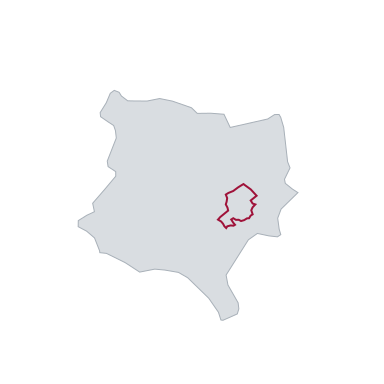 Uroševac highlighted on a map of Kosovo, rotated 328°
{"feature_id": "KOS-5913", "entity_name": "Uroševac", "entity_type": "District", "adm_level": 1, "iso_a3": "XKX", "parent_name": "Kosovo", "parent_adm1": "", "projection": "mercator", "projection_center": [21.096, 42.361], "detail": "fine", "context": "in_parent", "style": "outline", "palette": "rose", "viewbox_px": 384, "rotation_deg": 328, "n_neighbors": 0, "source": "natural_earth", "source_scale": "10m", "svg_char_len": 1548}
<svg xmlns="http://www.w3.org/2000/svg" viewBox="0 0 384 384"><g transform="rotate(328 192 192)"><path d="M119.1,143.6L135.7,138.2L138.1,134.3L134.3,126.0L136.5,120.9L156.4,106.1L159.6,99.4L160.8,94.1L158.2,88.5L154.4,79.7L156.2,76.0L166.6,70.9L175.0,65.0L179.9,64.6L183.0,68.8L183.0,73.2L185.8,80.6L191.9,84.6L202.2,91.1L214.1,95.6L223.5,104.5L236.2,120.3L238.1,128.1L249.6,135.1L260.3,143.0L258.6,157.5L294.9,170.2L303.1,170.1L306.9,172.4L306.8,175.7L304.0,185.8L289.1,217.0L287.9,223.5L277.2,230.2L275.7,234.1L278.7,242.7L281.5,248.7L281.3,248.7L258.5,253.7L250.8,259.6L246.2,269.8L244.7,275.2L240.7,275.3L234.0,270.0L225.5,261.8L214.5,262.4L176.9,280.5L173.2,289.9L172.4,310.4L169.8,315.9L165.8,319.4L150.3,317.2L148.7,315.9L150.7,308.0L149.9,290.9L142.9,262.4L137.9,253.0L127.6,243.8L119.6,237.7L105.2,232.2L97.9,216.5L86.9,198.7L81.7,194.6L82.5,192.8L85.0,179.3L81.9,169.4L77.1,161.1L80.4,156.0L90.5,156.0L98.8,157.0L101.8,148.9L119.1,143.6Z" fill="#d9dde1" stroke="#a8b0b8" stroke-width="1"/><path d="M221.3,243.5L218.2,242.6L216.9,240.3L214.5,238.9L213.1,236.1L210.7,236.1L210.7,239.8L211.1,242.6L209.4,242.6L207.0,240.8L203.7,239.8L201.9,240.7L201.3,238.2L201.5,235.4L201.1,232.5L199.4,229.2L202.7,228.2L209.0,227.4L212.8,226.9L213.8,224.1L214.1,220.4L216.2,218.6L218.6,215.8L219.3,212.1L222.4,212.1L227.5,213.0L233.6,212.5L239.8,212.5L243.2,220.9L244.8,229.4L237.3,230.3L237.3,233.9L239.1,236.1L235.3,237.1L232.6,238.9L231.6,243.1L229.2,243.1L226.5,244.5L224.7,243.5L221.3,243.5Z" fill="none" stroke="#9f1239" stroke-width="2"/></g></svg>